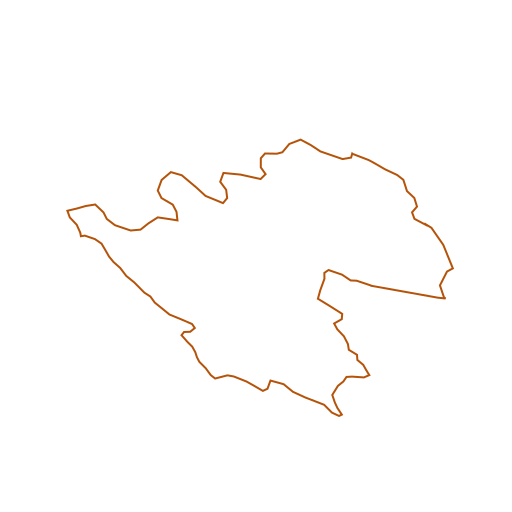 outline of Östersund, Jämtland, Sweden, rotated 200°
{"feature_id": "70781695B37612072070756", "entity_name": "Östersund", "entity_type": "district", "adm_level": 2, "iso_a3": "SWE", "parent_name": "Sweden", "parent_adm1": "Jämtland", "projection": "equal_earth", "projection_center": [14.922, 63.252], "detail": "fine", "context": "isolated", "style": "outline", "palette": "amber", "viewbox_px": 512, "rotation_deg": 200, "n_neighbors": 0, "source": "geoboundaries", "source_scale": "gbopen_adm2", "svg_char_len": 1875}
<svg xmlns="http://www.w3.org/2000/svg" viewBox="0 0 512 512"><g transform="rotate(200 256 256)"><path d="M252.5,126.9L242.0,134.1L235.6,135.2L222.0,134.8L213.4,133.4L203.4,131.6L199.8,135.2L199.8,143.9L186.2,145.0L174.8,141.0L161.2,139.9L141.1,139.5L131.1,134.8L123.3,134.1L121.1,136.3L127.5,141.0L131.8,145.3L136.8,151.5L134.6,162.0L131.0,167.9L129.6,173.3L124.5,175.5L113.1,178.8L108.8,182.8L113.8,186.8L118.0,190.4L125.2,193.0L127.3,197.7L136.7,199.6L139.5,204.7L145.9,210.6L154.5,214.9L159.5,219.3L153.8,226.0L155.2,231.1L170.3,234.4L183.2,237.0L183.9,245.8L183.9,258.0L186.0,263.5L183.1,267.6L168.8,267.9L158.7,265.4L153.0,267.2L149.0,267.3L137.9,267.6L137.7,267.4L71.0,279.0L63.3,280.9L65.2,281.4L73.1,291.3L71.2,306.7L66.8,311.7L83.8,330.5L100.8,342.5L107.1,343.8L106.8,343.3L119.8,345.1L124.3,350.4L121.6,357.5L127.1,364.7L136.3,368.6L143.6,378.0L151.0,380.4L164.4,381.6L175.0,383.5L182.8,384.7L200.4,385.0L200.6,385.1L200.3,381.0L207.8,376.7L231.3,376.3L242.6,379.0L253.9,380.6L263.0,372.7L266.7,362.5L271.3,359.3L282.6,355.4L284.9,349.5L281.8,340.9L275.0,336.2L278.0,329.9L298.4,327.2L315.0,322.9L315.0,313.5L306.7,308.0L302.9,300.6L305.1,294.4L324.0,295.2L335.3,299.9L353.4,306.5L364.7,305.7L370.7,295.2L370.7,291.9L370.7,283.9L364.6,278.1L351.8,275.8L345.8,270.3L342.0,262.6L350.3,261.0L361.5,258.7L368.3,249.8L373.5,241.3L382.5,237.1L399.1,236.7L408.9,239.8L414.2,244.8L424.7,249.4L433.0,244.8L440.5,239.4L448.7,234.0L444.2,228.6L435.1,224.0L429.1,217.8L427.3,214.7L423.8,216.6L413.2,216.8L405.4,214.8L399.2,209.7L393.9,205.2L387.8,201.6L379.5,198.3L371.1,192.9L361.5,189.6L348.4,183.4L341.4,181.8L335.2,177.6L324.7,174.0L317.3,171.4L304.6,170.9L292.8,170.2L288.9,167.4L291.9,162.3L297.6,160.0L298.9,156.1L291.0,151.8L284.9,149.0L280.1,144.8L277.0,140.8L273.1,137.2L264.8,133.3L257.8,128.6L252.5,126.9Z" fill="none" stroke="#b45309" stroke-width="2"/></g></svg>